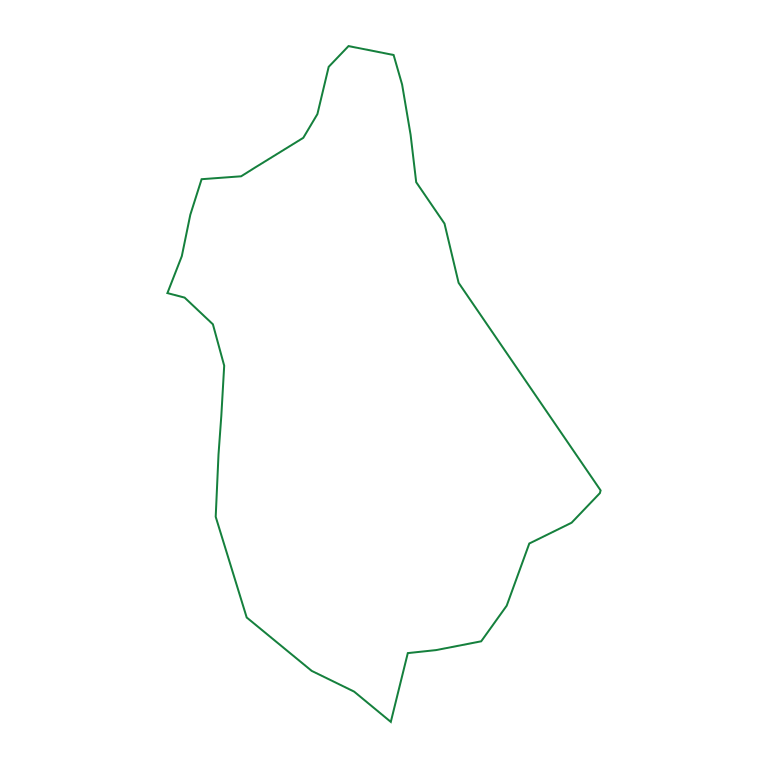 Gwangmyeong-si, Gyeonggi, South Korea (Equal Earth projection)
{"feature_id": "91817680B3942656644244", "entity_name": "Gwangmyeong-si", "entity_type": "district", "adm_level": 2, "iso_a3": "KOR", "parent_name": "South Korea", "parent_adm1": "Gyeonggi", "projection": "equal_earth", "projection_center": [126.869, 37.436], "detail": "fine", "context": "isolated", "style": "outline", "palette": "green", "viewbox_px": 768, "rotation_deg": 0, "n_neighbors": 0, "source": "geoboundaries", "source_scale": "gbopen_adm2", "svg_char_len": 554}
<svg xmlns="http://www.w3.org/2000/svg" viewBox="0 0 768 768"><path d="M390.8,721.9L407.8,653.1L436.0,650.1L481.2,641.3L506.7,605.7L529.3,543.5L571.6,522.7L599.9,493.1L600.6,490.4L458.6,282.8L444.5,223.6L416.2,182.2L410.6,134.8L402.1,84.5L394.3,57.4L393.6,55.0L348.5,46.1L328.7,66.8L317.4,114.1L303.3,137.8L255.3,167.4L241.1,176.3L201.6,179.2L190.3,214.8L181.8,256.2L167.4,293.1L184.6,297.6L212.9,324.3L224.2,365.7L221.3,416.1L218.5,454.6L215.7,516.8L246.7,617.5L311.7,670.9L354.1,691.6L390.8,721.9Z" fill="none" stroke="#15803d" stroke-width="2"/></svg>